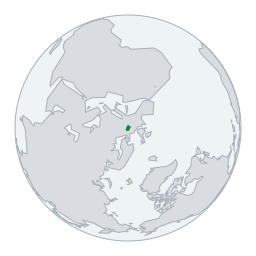 the Earth from above Hessen, rotated 175°
{"feature_id": "DEU-1574", "entity_name": "Hessen", "entity_type": "State", "adm_level": 1, "iso_a3": "DEU", "parent_name": "Germany", "parent_adm1": "", "projection": "orthographic", "projection_center": [9.183, 50.526], "detail": "fine", "context": "on_globe", "style": "filled", "palette": "green", "viewbox_px": 256, "rotation_deg": 175, "n_neighbors": 0, "source": "natural_earth", "source_scale": "10m", "svg_char_len": 10946}
<svg xmlns="http://www.w3.org/2000/svg" viewBox="0 0 256 256"><g transform="rotate(175 128 128)"><circle cx="128" cy="128" r="113" fill="#eef3f6" stroke="#a8b0b8"/><path d="M15.4,129.1L15.8,128.8L16.7,121.6L16.8,118.8L16.3,118.9L17.4,108.4L19.1,101.7L29.3,73.7L31.8,69.4L34.0,66.1L48.6,49.0L37.1,61.5L40.6,56.9L45.6,51.4L45.4,51.8L52.1,45.6L56.8,41.5L65.8,36.0L73.9,34.5L70.8,36.1L73.1,35.8L77.1,33.8L79.1,32.6L92.4,30.4L106.0,26.7L109.1,24.4L109.3,26.0L114.5,21.1L121.1,19.4L114.3,22.1L114.2,23.1L119.0,22.2L119.9,23.0L122.7,23.1L123.3,24.2L119.3,25.9L119.6,26.7L123.0,26.1L125.8,27.0L120.8,27.8L125.1,29.5L119.1,33.2L105.1,35.3L102.5,39.2L89.8,46.2L91.6,46.8L87.9,50.1L88.6,52.1L86.1,53.1L88.9,53.9L91.1,52.7L93.0,52.7L93.7,53.8L90.5,55.2L89.7,54.8L89.1,55.8L87.3,56.0L88.5,56.5L84.6,58.2L89.4,58.3L87.0,61.1L84.2,61.7L83.4,59.3L74.7,55.6L71.6,55.9L68.0,58.5L63.7,68.0L60.7,69.4L57.4,73.0L59.6,73.2L62.9,70.4L66.1,71.8L69.7,68.6L71.5,68.7L75.7,66.5L76.3,69.4L74.5,73.5L71.1,75.6L70.2,77.6L74.5,77.8L69.0,84.1L67.0,92.6L65.4,94.1L60.7,92.7L58.2,86.8L52.0,85.8L57.2,89.2L53.2,93.2L53.1,95.1L54.0,96.6L56.0,96.2L54.9,98.2L49.3,95.5L50.2,93.5L52.0,94.4L50.8,91.7L47.0,90.3L45.3,92.7L41.5,88.6L40.2,90.4L38.6,90.6L40.9,88.0L36.7,92.6L31.9,90.0L26.1,98.1L30.5,88.5L31.3,84.5L31.7,80.6L30.7,81.8L32.7,75.5L32.1,73.1L28.5,77.1L25.1,83.5L23.2,89.7L24.3,89.0L23.8,92.9L20.7,96.6L19.4,105.3L17.6,109.8L16.8,114.7L17.0,117.9L16.9,123.2L18.0,123.0L19.4,126.0L18.2,130.3L19.9,128.9L19.9,133.6L23.3,142.4L22.7,142.7L25.4,155.3L30.2,165.5L31.3,170.4L30.6,171.4L32.7,174.6L32.7,175.9L42.9,188.4L49.5,196.6L50.3,200.6L46.6,201.0L47.8,206.5L42.9,201.8L37.9,195.6L33.4,189.1L29.3,182.3L25.7,175.2L22.7,167.9L20.1,160.4L18.1,152.7L16.6,144.9L15.7,137.0L15.4,129.1ZM24.4,100.2L23.1,112.6L22.2,108.0L22.7,108.3L23.3,104.6L24.1,99.1L23.8,95.4L24.4,100.2ZM27.4,100.0L27.5,98.2L27.6,99.7L27.4,100.0ZM79.9,32.0L77.1,33.7L73.2,35.3L75.4,33.7L79.9,32.0ZM87.5,29.5L86.4,30.4L83.9,30.4L85.3,29.9L87.5,29.5ZM111.2,22.7L108.7,23.4L110.8,22.5L111.2,22.7ZM123.0,22.9L123.4,22.5L124.7,22.7L123.0,22.9ZM75.1,65.1L75.4,65.8L74.5,65.8L75.1,65.1ZM76.7,63.5L75.4,63.1L76.0,62.3L76.8,62.6L76.7,63.5ZM126.8,24.7L128.8,25.4L126.1,25.0L126.8,24.7ZM78.1,64.3L77.1,60.9L78.1,59.6L81.9,59.6L78.1,64.3ZM129.5,25.9L134.2,27.6L135.6,26.8L134.5,30.4L130.8,27.6L127.3,27.2L129.4,26.7L129.5,25.9ZM91.5,51.8L89.2,53.2L90.5,51.0L91.5,51.8ZM91.9,50.5L93.2,44.3L97.0,43.0L95.8,45.2L100.1,42.9L101.3,45.3L99.2,47.1L96.5,47.4L99.0,48.2L91.9,50.5ZM133.1,32.1L133.6,32.9L132.3,32.5L133.1,32.1ZM93.9,52.5L93.9,51.3L97.1,50.1L97.8,52.3L96.5,52.0L93.9,52.5ZM100.7,41.2L103.3,40.8L104.9,42.6L106.1,42.7L101.7,45.3L100.7,41.2ZM96.1,52.8L98.1,53.5L97.1,55.1L94.2,53.6L96.1,52.8ZM97.6,48.9L99.2,48.5L98.6,49.4L97.6,48.9ZM94.8,61.6L94.7,60.1L96.4,59.3L94.8,61.6ZM98.9,53.6L99.2,53.1L99.8,52.6L100.9,53.4L98.9,53.6ZM103.1,46.4L103.3,47.3L105.0,45.4L106.3,46.8L103.1,48.4L105.0,48.3L105.4,48.7L102.4,49.5L103.1,46.4ZM103.9,52.9L100.3,55.5L100.2,58.5L98.7,59.2L99.1,54.3L103.9,52.9ZM103.3,50.8L103.3,52.2L101.5,52.4L100.2,51.5L103.3,50.8ZM108.4,47.3L107.2,44.7L107.9,44.5L108.4,47.3ZM104.3,53.7L105.1,53.1L104.5,53.9L104.3,53.7ZM107.5,49.2L107.0,48.3L107.9,48.0L107.5,49.2ZM107.3,52.6L106.1,53.4L105.3,52.8L107.3,52.6ZM107.7,51.0L109.0,50.9L105.7,52.1L107.3,50.6L107.7,51.0ZM108.4,49.1L108.7,48.7L108.5,49.5L108.4,49.1ZM111.2,54.6L107.2,56.2L105.3,54.8L109.5,53.4L111.2,54.6ZM240.4,120.6L240.4,121.2L239.9,118.6L239.6,119.6L238.4,114.4L235.7,110.1L235.8,115.5L234.6,112.6L230.9,111.1L230.4,118.9L230.5,135.4L232.6,143.4L231.7,149.8L225.6,144.5L221.8,138.1L220.3,141.5L213.5,139.8L203.7,149.1L201.7,147.8L200.0,150.6L195.1,151.3L191.8,148.8L189.1,150.9L197.7,157.3L200.5,155.0L202.0,149.1L203.9,152.0L208.6,151.8L205.5,164.4L189.9,182.4L187.5,176.8L170.7,163.6L170.7,161.1L170.6,160.9L170.3,160.5L169.8,164.7L166.5,161.6L176.5,172.6L178.6,177.7L189.7,182.9L188.9,184.4L192.2,184.7L201.6,176.3L201.9,178.4L198.0,190.5L184.2,208.9L185.5,214.4L183.6,219.5L173.8,226.0L173.5,228.4L168.3,231.0L167.2,232.3L162.4,234.6L154.7,237.1L142.9,239.2L143.1,238.7L138.5,237.6L132.6,231.8L136.5,227.7L135.9,224.4L127.2,216.3L129.2,211.0L126.7,208.7L121.6,209.2L118.5,206.3L115.3,206.1L94.9,205.4L88.1,200.1L78.9,184.8L82.2,180.4L81.9,173.7L104.2,154.3L109.9,156.4L128.5,153.7L131.0,154.5L129.9,160.4L144.7,165.9L148.3,160.5L160.6,161.5L168.2,158.9L169.0,147.4L156.6,151.4L153.4,146.7L162.5,138.9L173.1,135.5L172.2,133.6L164.6,131.5L166.1,126.5L161.9,130.4L164.3,131.9L161.7,134.4L159.3,133.2L159.9,131.5L156.5,131.6L154.3,140.3L156.5,142.7L148.0,146.3L150.9,150.8L148.9,153.6L143.3,147.0L143.1,144.2L133.4,137.3L132.8,140.5L141.9,147.4L139.5,147.1L138.7,152.0L137.4,148.1L127.6,140.1L119.3,142.2L110.3,153.6L105.1,154.1L100.0,151.2L101.8,139.4L113.1,139.7L113.9,135.9L110.3,130.0L114.1,130.7L114.0,128.4L118.1,128.3L122.7,122.8L126.8,122.1L127.3,115.1L129.5,113.9L128.5,118.3L130.0,121.1L139.9,119.5L141.5,117.7L141.0,113.4L143.8,113.6L142.1,109.7L147.2,106.8L139.6,107.1L138.9,102.4L141.2,98.2L139.6,96.8L135.8,103.7L135.5,106.5L137.4,108.7L135.3,116.7L132.2,118.4L129.2,110.5L124.4,112.1L124.1,105.5L134.7,90.3L139.8,86.7L150.8,90.2L150.4,93.5L146.2,93.8L151.2,97.6L150.2,95.3L152.5,95.6L152.4,91.5L154.1,91.5L151.2,87.6L153.2,87.2L155.0,89.7L156.5,83.6L160.3,81.8L159.8,80.5L158.3,79.5L164.1,78.1L163.6,77.2L161.4,77.2L158.9,75.5L156.7,71.9L158.8,71.6L159.9,72.9L165.4,75.2L168.0,78.8L168.6,78.3L166.9,75.2L160.2,72.3L158.2,70.2L161.5,71.1L160.2,70.6L159.9,69.5L161.6,68.3L158.0,67.1L151.9,56.4L154.6,53.1L158.2,54.9L156.2,47.8L159.4,45.2L157.4,45.2L155.1,42.1L154.1,42.9L153.0,42.7L146.6,35.7L146.7,34.0L141.7,31.5L140.7,31.6L140.3,32.6L134.5,30.4L135.6,26.8L137.9,26.8L137.0,24.8L142.3,25.2L146.3,24.8L152.5,26.7L155.1,26.4L154.4,25.7L157.5,24.9L166.0,26.1L161.9,28.3L149.7,28.0L154.9,28.3L154.5,29.3L156.9,30.0L160.5,30.2L160.4,29.6L170.4,36.1L180.7,40.1L178.0,36.7L179.1,35.6L188.4,38.4L204.2,50.5L205.9,50.0L207.9,51.4L210.6,54.6L207.8,52.7L208.0,54.3L206.0,52.9L209.4,57.8L206.6,56.0L210.6,61.0L212.2,61.2L210.2,57.3L214.8,62.7L216.4,61.8L219.7,64.8L227.5,77.2L230.7,85.6L231.6,87.2L231.3,88.4L233.3,94.3L235.8,96.5L236.6,98.7L238.8,108.3L238.4,106.9L237.6,110.0L239.2,116.4L239.9,115.4L240.1,116.9L240.4,120.6ZM97.7,166.0L97.4,168.1L97.7,166.0ZM185.4,137.1L191.2,133.9L186.9,128.6L188.7,127.1L186.6,125.9L186.5,128.3L181.1,124.9L182.9,121.3L181.4,118.6L179.4,119.6L176.8,126.8L184.6,131.6L184.0,135.3L185.4,137.1ZM23.5,142.6L23.7,144.5L23.1,143.1L23.5,142.6ZM21.3,109.1L21.4,111.0L21.2,112.7L20.9,111.4L21.3,109.1ZM24.2,124.8L24.8,127.3L23.9,125.4L24.2,124.8ZM23.0,114.5L23.8,123.0L22.1,119.9L21.7,114.6L22.5,117.2L23.0,114.5ZM25.7,101.5L25.5,103.0L25.0,103.4L25.7,101.5ZM27.5,101.1L27.4,100.7L27.8,99.5L27.5,101.1ZM53.6,93.4L54.0,93.6L54.5,95.4L53.5,95.1L53.6,93.4ZM61.5,100.5L59.6,103.7L60.3,101.1L58.5,101.2L57.7,96.1L64.6,94.6L61.6,96.1L61.5,100.5ZM58.6,89.2L58.3,92.4L58.3,89.0L58.6,89.2ZM109.4,116.8L111.3,118.4L110.3,121.0L105.1,122.5L106.5,118.7L109.4,116.8ZM114.1,120.1L112.5,112.1L115.6,111.1L114.1,113.0L116.4,113.1L114.6,116.2L119.1,123.2L118.5,126.0L109.4,126.8L112.7,124.9L110.7,123.4L114.1,120.1ZM103.0,95.6L102.3,92.7L109.9,94.2L109.6,96.7L104.5,98.2L101.8,96.0L103.0,95.6ZM85.0,65.1L84.3,64.3L85.1,63.9L86.5,64.2L85.0,65.1ZM94.6,61.0L89.1,68.5L88.0,67.8L86.1,73.3L82.4,73.8L83.8,70.2L79.5,74.8L79.3,71.8L76.7,75.2L80.1,67.1L79.7,64.8L81.5,67.2L84.9,66.7L86.3,65.8L89.8,61.6L90.6,56.5L94.1,55.5L96.4,56.1L96.7,57.1L94.3,57.4L96.5,58.6L93.3,59.9L94.6,61.0ZM120.9,66.5L118.0,65.9L121.8,69.5L118.6,70.4L119.3,70.7L117.4,72.6L116.2,75.6L114.6,75.6L114.9,76.8L113.6,78.1L113.4,79.7L110.5,80.4L110.0,82.5L108.9,81.7L108.8,85.1L107.6,82.9L105.8,84.5L108.0,85.8L92.7,86.6L87.3,88.9L83.4,92.3L81.8,88.2L84.3,82.7L89.0,77.2L94.5,75.6L92.8,74.2L94.9,73.1L95.4,74.7L95.9,71.6L97.7,71.1L101.9,66.9L101.5,63.0L103.0,61.4L104.1,62.7L104.9,60.3L108.0,61.8L109.1,60.8L113.4,61.3L114.8,64.6L116.0,63.2L119.3,63.7L120.9,66.5ZM112.4,54.8L114.9,58.3L114.3,60.6L107.2,58.7L105.7,59.5L101.1,58.6L102.0,55.3L103.2,55.8L104.6,55.6L103.8,56.7L105.5,55.7L107.2,56.4L109.0,55.9L109.3,57.1L112.4,54.8ZM133.2,152.1L135.1,152.1L137.8,151.6L137.3,154.7L133.2,152.1ZM126.5,146.7L128.0,146.2L128.7,150.2L126.9,150.2L126.5,146.7ZM128.3,142.7L128.1,145.9L127.1,144.2L128.3,142.7ZM129.9,117.7L131.5,117.0L131.9,117.9L131.3,119.5L129.9,117.7ZM131.5,77.9L130.0,77.1L130.3,76.4L128.4,73.2L130.6,72.4L132.6,74.0L131.5,77.9ZM167.2,150.1L165.4,152.9L164.1,152.3L165.0,151.4L167.2,150.1ZM150.9,154.6L154.9,155.0L150.8,155.4L150.9,154.6ZM133.6,76.5L132.6,75.2L134.4,75.6L133.6,76.5ZM132.2,71.6L134.1,71.7L130.7,71.9L132.2,71.6ZM199.7,209.8L190.8,220.4L186.4,222.9L186.5,221.6L190.4,216.2L195.9,211.9L198.8,208.1L199.7,209.8ZM240.6,127.8L239.9,127.0L240.1,124.0L240.5,122.0L240.6,127.8ZM232.9,143.7L234.7,146.0L234.0,148.5L232.9,143.7ZM232.7,89.1L233.4,91.7L232.8,90.8L231.6,87.0L232.7,89.1ZM222.2,67.6L224.3,70.2L225.1,71.6L224.4,70.9L222.2,67.6ZM151.0,69.1L151.1,74.4L152.6,78.0L155.8,79.5L151.4,79.8L149.0,74.2L151.0,69.1ZM151.6,57.9L148.8,56.8L149.9,55.9L150.7,56.1L151.6,57.9ZM150.0,58.2L146.7,59.4L145.1,58.0L148.0,57.3L150.0,58.2ZM140.3,67.7L140.1,69.3L138.7,68.9L140.3,67.7ZM228.3,76.8L227.4,75.0L226.3,73.0L226.8,73.9L228.3,76.8ZM206.7,48.6L205.6,47.9L203.9,46.1L205.2,47.0L206.7,48.6ZM197.4,40.1L203.1,45.4L207.5,50.0L207.3,49.4L210.3,52.2L209.3,52.1L204.6,47.4L201.7,44.3L199.0,42.5L195.6,39.6L192.9,38.4L190.6,36.9L192.2,37.1L197.4,40.1ZM191.8,38.0L185.9,35.5L183.8,33.1L184.6,33.1L188.2,35.2L189.1,36.3L191.8,38.0ZM183.8,34.3L184.6,35.4L177.6,35.5L175.6,34.9L179.8,33.3L180.8,34.3L182.9,34.8L183.8,34.3ZM134.6,32.6L133.7,32.9L133.9,32.2L134.6,32.6ZM152.4,43.2L150.9,42.8L151.2,41.9L152.4,43.2ZM147.0,41.2L147.7,42.5L146.0,41.3L147.0,41.2ZM149.5,45.4L147.5,43.1L150.6,45.2L149.5,45.4Z" fill="#d9dde1" stroke="#a8b0b8" stroke-width="1"/><path d="M128.9,126.3L128.9,126.5L129.0,126.5L129.3,126.7L129.3,126.8L129.2,126.8L129.2,127.0L129.3,127.0L129.2,127.1L129.1,127.3L128.9,127.5L128.9,127.8L129.0,127.8L129.0,127.7L129.1,127.8L129.1,128.0L128.9,128.2L128.7,128.2L128.7,128.3L128.7,128.5L128.4,128.6L128.4,128.8L128.2,128.8L128.1,128.7L128.0,128.8L127.9,128.8L127.7,128.9L127.8,128.9L127.8,129.0L127.8,129.3L127.9,129.5L128.0,129.5L127.9,129.6L127.9,129.8L127.9,130.0L127.7,130.0L127.4,129.9L127.2,130.0L127.1,129.9L127.0,129.7L127.0,129.4L126.9,129.3L126.9,129.2L127.0,129.2L126.9,129.1L126.8,128.9L126.7,128.9L126.6,129.0L126.4,129.1L126.2,128.9L126.3,128.9L126.4,128.7L126.5,128.6L126.7,128.4L126.5,128.2L126.6,127.9L126.6,128.0L126.7,127.9L126.7,127.7L126.8,127.4L127.0,127.3L127.1,127.2L127.2,126.9L127.3,126.9L127.5,126.7L127.4,126.6L127.3,126.4L127.5,126.3L127.7,126.2L127.8,126.1L128.0,126.2L128.2,125.9L128.3,125.8L128.5,125.8L128.6,126.0L128.6,125.9L128.6,126.0L128.6,126.3L128.4,126.3L128.5,126.4L128.7,126.5L128.7,126.4L128.8,126.3L128.9,126.2L128.9,126.3L128.9,126.3Z" fill="#22c55e" stroke="#15803d" stroke-width="1.5"/></g></svg>